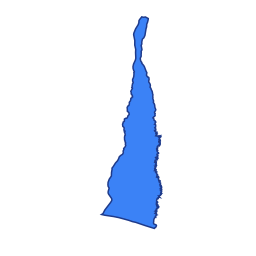 San Andrés Villa Seca, Retalhuleu, Guatemala (Mercator projection), rotated 345°
{"feature_id": "79465075B254233596558", "entity_name": "San Andrés Villa Seca", "entity_type": "district", "adm_level": 2, "iso_a3": "GTM", "parent_name": "Guatemala", "parent_adm1": "Retalhuleu", "projection": "mercator", "projection_center": [-91.627, 14.381], "detail": "fine", "context": "isolated", "style": "filled", "palette": "blue", "viewbox_px": 256, "rotation_deg": 345, "n_neighbors": 0, "source": "geoboundaries", "source_scale": "gbopen_adm2", "svg_char_len": 5961}
<svg xmlns="http://www.w3.org/2000/svg" viewBox="0 0 256 256"><g transform="rotate(345 128 128)"><path d="M172.1,35.2L173.0,32.5L174.2,31.0L175.5,28.6L175.9,27.5L173.6,25.3L171.4,25.0L170.1,24.2L167.2,26.3L166.3,27.3L165.9,28.7L164.8,30.6L161.0,34.2L158.2,37.9L157.6,39.3L157.2,45.3L156.0,49.6L155.8,54.0L154.8,57.2L153.6,62.6L152.7,64.3L149.9,67.7L148.7,70.0L148.3,71.9L148.4,74.3L148.7,74.9L148.7,75.4L147.9,76.1L147.9,77.0L146.9,79.7L145.9,81.3L145.1,82.1L144.6,83.9L144.9,85.2L144.5,85.6L144.3,86.1L143.9,86.3L142.9,88.3L142.8,89.0L142.1,89.9L142.6,90.7L142.5,90.9L140.2,93.3L140.3,94.6L140.0,95.4L140.2,96.0L140.0,96.5L140.4,97.0L140.6,97.9L140.4,99.2L139.9,99.2L139.4,99.9L138.4,100.1L138.2,100.9L137.3,102.5L136.0,103.4L135.8,103.8L135.6,105.0L134.7,106.4L133.7,106.7L132.5,107.9L132.0,110.7L131.7,111.3L131.7,111.7L132.1,112.2L132.8,113.5L132.7,115.1L132.3,115.5L131.2,116.1L130.3,117.5L129.3,118.3L128.4,118.0L126.9,118.4L126.2,120.6L124.8,121.1L124.5,122.0L123.7,122.9L123.4,125.1L124.1,126.1L124.3,126.9L123.5,129.0L124.2,130.0L124.3,130.3L123.4,130.7L123.7,131.9L123.5,134.2L122.9,134.6L122.2,136.1L121.6,138.7L121.8,139.4L121.6,140.6L121.9,141.3L121.6,141.8L121.6,142.5L121.2,143.1L121.3,144.2L120.5,145.3L118.5,146.7L118.5,147.6L117.3,149.0L117.1,150.7L115.9,152.0L113.9,152.6L112.2,153.5L110.6,155.7L109.3,157.0L106.8,158.6L103.7,161.5L102.4,162.4L102.1,162.8L102.0,163.6L100.6,166.6L99.5,170.1L96.6,172.6L94.7,175.3L93.9,177.7L93.7,179.3L94.1,180.6L94.1,181.4L92.5,184.0L92.0,185.5L92.1,186.7L93.9,191.8L93.9,192.8L93.5,193.9L91.8,195.5L84.4,201.2L81.7,204.2L80.1,204.7L82.9,206.2L91.2,209.8L95.8,212.1L100.3,214.7L104.9,217.4L108.1,219.6L111.0,221.1L119.5,226.8L127.4,231.8L127.9,231.3L128.8,231.3L130.2,229.8L130.1,228.9L128.3,227.5L128.0,227.0L128.1,226.2L128.8,224.5L129.1,223.3L130.3,221.8L131.2,221.4L131.2,221.0L131.4,220.7L131.8,221.1L132.0,220.3L132.6,219.5L133.4,219.4L132.8,218.8L133.3,218.1L133.0,217.7L132.2,217.4L132.7,217.1L133.2,217.2L133.2,216.9L133.0,216.5L134.1,216.3L134.3,215.9L134.1,215.6L133.3,215.3L134.0,215.1L133.9,214.9L134.1,214.7L134.5,214.8L134.6,214.5L134.0,214.4L134.7,213.9L134.5,213.6L134.9,213.4L135.1,212.9L135.3,212.9L135.3,213.3L135.6,213.2L135.7,212.7L136.2,212.2L136.6,212.2L136.9,212.7L137.4,212.1L137.1,211.3L136.2,211.5L135.8,211.1L135.6,210.8L135.8,210.5L136.5,210.7L136.8,210.5L136.9,209.8L136.7,209.5L136.3,209.7L135.6,209.5L135.7,208.6L135.9,208.3L136.1,208.3L136.1,207.7L136.5,207.7L136.5,207.9L136.7,208.0L137.5,207.3L137.4,207.1L137.0,207.3L136.7,206.8L136.6,205.9L137.4,204.4L136.8,204.3L137.8,204.2L138.2,203.6L138.6,204.0L138.9,204.0L139.0,203.3L139.3,203.3L139.9,202.7L140.6,203.1L140.3,202.6L140.1,202.0L140.4,202.2L140.3,201.8L140.5,201.4L142.0,201.4L142.4,200.3L142.5,200.6L142.8,200.6L142.7,199.9L143.2,199.9L142.7,199.4L142.8,199.2L143.5,198.9L143.6,198.5L143.8,198.4L143.8,198.1L144.0,198.1L144.1,197.6L143.5,197.2L143.8,196.9L143.4,196.4L144.6,196.3L144.6,196.0L144.3,195.7L144.3,195.4L144.0,195.0L144.6,195.1L145.0,194.3L144.8,194.3L144.9,194.0L144.5,193.6L144.6,192.8L145.1,192.8L145.1,192.5L144.3,192.4L144.4,192.2L144.2,191.9L144.1,191.4L144.8,191.4L144.5,190.6L145.2,189.7L144.3,188.4L144.9,188.1L144.5,187.7L145.2,187.2L144.7,186.7L144.1,186.6L144.2,184.9L145.0,183.6L144.8,182.7L143.5,183.3L143.0,182.8L143.7,182.4L143.4,182.2L143.4,181.9L144.4,180.8L143.9,180.2L144.0,179.2L143.7,178.8L144.1,178.5L144.1,178.2L144.3,178.0L143.4,177.7L143.8,177.1L143.5,177.0L143.5,176.5L142.9,176.2L143.2,176.1L143.2,175.4L143.7,175.9L144.4,175.6L144.4,175.4L143.6,174.9L143.6,174.7L143.8,174.6L143.5,173.8L143.8,173.4L144.2,173.5L144.5,172.9L144.4,172.6L144.8,172.9L145.0,172.8L145.2,172.3L145.0,172.0L144.9,171.2L145.1,171.1L146.2,171.9L145.4,170.2L145.6,170.1L145.3,169.9L146.2,169.1L146.5,168.3L146.0,168.4L145.2,168.1L145.6,167.8L145.4,167.5L145.8,167.3L145.6,167.0L145.8,166.3L146.5,166.4L147.1,165.8L147.4,166.3L148.1,166.2L147.8,165.1L147.4,164.9L147.0,163.6L147.6,163.5L148.3,163.9L148.4,164.9L149.1,164.9L149.0,164.4L149.2,163.6L148.9,163.3L149.2,162.8L149.9,162.7L149.1,162.5L149.2,162.3L149.5,162.3L149.1,161.6L149.2,160.8L149.6,160.6L150.7,160.7L151.0,160.4L151.0,159.7L150.3,158.9L150.1,157.9L150.2,157.2L150.9,157.2L150.8,156.5L150.3,156.7L150.1,156.5L150.4,155.1L150.7,155.0L150.8,155.5L151.0,155.5L151.6,154.9L151.7,154.4L151.4,153.8L151.8,153.2L152.6,153.0L153.3,153.5L153.7,153.3L153.5,152.6L154.3,152.7L154.6,152.5L154.3,151.7L155.0,151.6L155.3,150.6L155.3,150.2L154.8,150.3L154.1,149.6L154.2,149.0L154.4,148.8L155.4,149.1L155.9,148.9L156.0,148.2L155.1,148.3L154.9,147.2L155.0,147.1L155.4,147.5L155.5,147.4L155.7,146.5L155.6,145.8L156.1,145.7L156.2,144.9L156.7,144.9L157.1,145.2L157.6,144.9L157.7,143.9L156.8,144.2L156.2,143.6L155.9,144.0L155.9,144.5L155.6,144.8L155.0,144.3L155.2,143.9L155.1,143.5L153.8,143.2L152.8,142.7L154.4,141.5L154.5,141.4L153.9,141.2L153.4,140.7L153.7,140.1L154.0,139.9L154.3,140.4L154.6,140.4L154.9,139.7L153.8,139.6L153.9,138.5L153.5,138.1L153.1,138.0L152.9,137.5L153.0,137.2L153.7,137.3L154.3,137.2L154.6,136.1L154.2,135.5L154.0,134.5L154.9,134.3L155.5,132.4L155.4,131.6L154.7,131.3L155.3,130.8L155.6,129.9L156.2,129.7L156.4,129.5L156.0,128.1L155.5,127.8L155.2,127.3L155.4,126.0L154.7,124.7L155.7,123.9L156.4,123.8L157.4,123.1L157.5,121.9L158.0,121.0L157.6,120.4L157.7,119.5L159.1,118.3L159.6,117.4L159.3,115.1L159.7,112.7L159.6,111.4L159.1,109.9L159.7,108.5L159.6,105.6L160.0,104.9L160.1,103.8L160.7,102.3L160.6,100.9L160.8,99.9L160.8,98.7L160.4,96.8L160.4,95.7L159.9,94.3L160.6,92.8L160.7,91.5L160.5,90.4L160.0,89.3L160.2,87.7L160.8,87.0L161.2,84.9L160.9,84.2L160.1,83.8L160.0,83.2L159.5,82.2L160.0,80.4L160.5,79.7L160.5,79.1L160.2,78.1L159.7,73.1L159.3,71.6L158.1,69.1L158.3,68.2L157.7,66.9L157.7,64.6L158.0,63.7L159.3,62.1L159.7,60.4L160.3,58.8L160.6,57.2L161.3,56.6L161.8,55.8L162.1,51.7L163.1,50.4L163.5,48.7L164.2,47.2L165.0,45.8L166.6,45.0L168.3,43.0L171.1,36.8L172.1,35.2Z" fill="#3b82f6" stroke="#1e3a8a" stroke-width="1.5"/></g></svg>